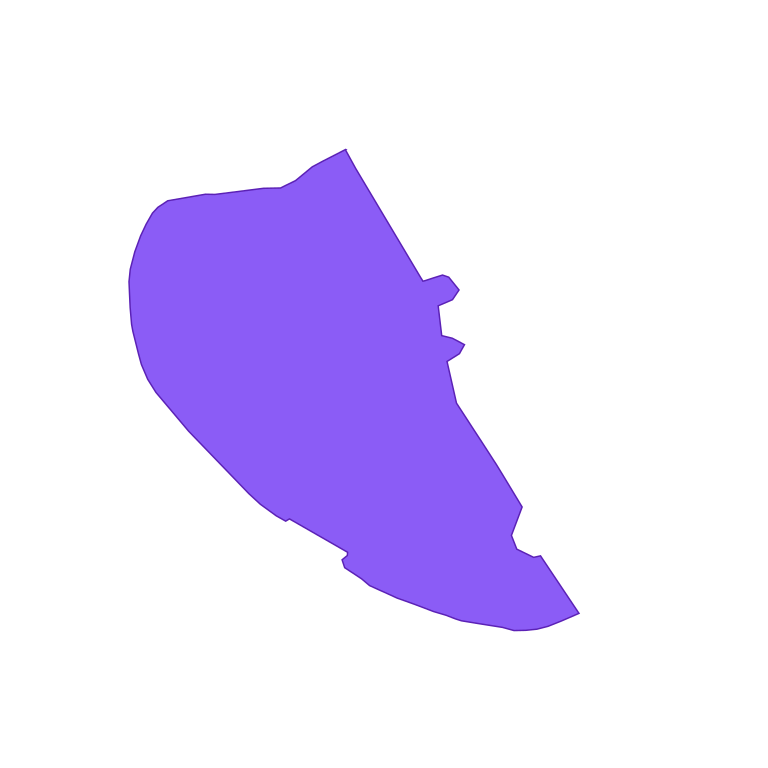 the district of Niamina Dankunku, Central River, Gambia, rotated 302°
{"feature_id": "56634734B21442074713298", "entity_name": "Niamina Dankunku", "entity_type": "district", "adm_level": 2, "iso_a3": "GMB", "parent_name": "Gambia", "parent_adm1": "Central River", "projection": "orthographic", "projection_center": [-15.324, 13.604], "detail": "fine", "context": "isolated", "style": "filled", "palette": "violet", "viewbox_px": 768, "rotation_deg": 302, "n_neighbors": 0, "source": "geoboundaries", "source_scale": "gbopen_adm2", "svg_char_len": 1319}
<svg xmlns="http://www.w3.org/2000/svg" viewBox="0 0 768 768"><g transform="rotate(302 384 384)"><path d="M292.8,670.9L319.6,611.3L321.2,607.8L316.3,602.8L314.3,584.1L314.7,583.6L323.1,572.3L352.9,566.3L353.5,565.1L364.9,542.6L369.7,533.1L375.4,521.7L377.2,517.8L386.4,498.2L392.5,485.0L406.2,455.6L436.2,425.8L436.5,425.5L449.7,431.9L450.3,431.9L451.5,431.8L460.0,431.4L459.8,428.8L459.8,428.6L459.0,417.6L455.6,407.3L478.8,388.7L479.0,388.5L491.8,397.4L503.5,397.8L505.7,391.5L508.9,382.3L507.4,375.9L499.8,369.4L493.9,364.5L492.9,363.6L491.8,362.5L493.0,360.2L493.5,359.1L551.8,245.7L562.1,227.3L562.6,227.6L562.6,227.2L540.5,214.0L530.2,208.1L509.6,201.2L500.3,195.4L495.4,192.4L486.1,178.1L455.2,140.2L450.3,132.0L424.8,103.5L414.0,98.6L406.2,97.1L393.5,97.6L380.7,99.1L364.1,102.6L346.9,108.0L335.7,113.5L326.5,119.8L314.2,128.3L301.0,138.2L295.6,143.1L279.4,159.9L272.1,167.8L271.1,169.2L262.8,181.1L256.0,195.1L240.4,243.5L219.4,327.5L216.5,342.8L215.1,362.5L215.6,373.3L219.5,375.3L222.0,442.3L219.1,443.8L212.7,441.6L207.4,448.0L206.9,468.2L205.4,478.6L207.0,490.6L207.4,493.3L209.4,508.6L213.3,526.4L217.3,546.6L220.7,558.9L222.7,569.2L224.2,575.1L230.6,590.4L240.4,613.5L243.8,624.9L250.2,634.7L257.1,643.6L265.4,651.5L276.7,659.8L292.8,670.9Z" fill="#8b5cf6" stroke="#5b21b6" stroke-width="1.5"/></g></svg>